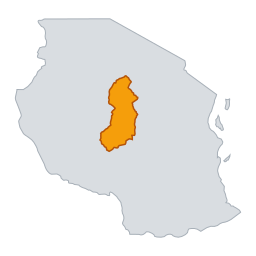 United Republic of Tanzania, with Singida highlighted
{"feature_id": "TZA-3390", "entity_name": "Singida", "entity_type": "Region", "adm_level": 1, "iso_a3": "TZA", "parent_name": "United Republic of Tanzania", "parent_adm1": "", "projection": "albers", "projection_center": [34.489, -5.65], "detail": "fine", "context": "in_parent", "style": "filled", "palette": "amber", "viewbox_px": 256, "rotation_deg": 0, "n_neighbors": 0, "source": "natural_earth", "source_scale": "10m", "svg_char_len": 5644}
<svg xmlns="http://www.w3.org/2000/svg" viewBox="0 0 256 256"><path d="M88.7,190.2L85.4,188.5L82.4,187.5L80.0,186.3L78.9,185.1L76.6,184.7L74.6,184.5L72.7,183.5L69.0,183.1L68.5,182.4L68.5,180.8L67.8,180.4L66.4,180.0L65.0,180.0L64.1,180.3L63.5,180.2L62.3,179.2L61.1,178.1L60.7,176.2L59.0,175.0L57.0,174.0L51.4,174.2L50.6,173.9L49.2,173.0L47.7,171.4L46.4,169.6L45.3,167.2L44.2,163.9L37.7,150.8L37.1,148.3L35.8,145.6L33.8,142.2L31.6,139.7L28.6,137.4L25.3,135.2L23.5,133.7L20.0,127.5L19.3,124.6L18.7,121.6L18.9,120.4L21.1,116.5L21.3,115.5L21.0,114.0L19.9,110.9L18.5,107.2L15.8,100.4L15.4,98.7L15.4,97.4L16.9,90.5L16.9,89.5L23.3,89.6L27.9,86.5L32.0,82.0L32.8,80.1L34.4,77.1L36.0,75.7L36.6,74.7L37.6,71.8L39.7,69.8L41.8,68.3L41.3,67.2L41.6,66.8L42.8,66.1L45.0,65.3L45.4,63.8L45.4,62.1L45.0,61.1L45.1,60.0L44.7,59.4L43.3,59.3L41.1,58.4L39.3,58.1L38.1,57.6L37.6,57.2L37.4,56.2L38.4,53.5L37.4,52.5L39.6,48.1L40.0,47.5L40.8,47.5L42.1,47.0L43.3,46.8L44.3,46.9L45.0,46.7L45.6,46.2L46.2,44.7L46.6,42.3L46.3,40.2L45.4,38.7L45.1,36.3L45.5,33.1L45.2,30.4L44.2,28.3L43.1,27.1L41.5,26.5L38.9,23.3L38.1,21.7L38.3,20.7L39.1,20.3L40.8,20.4L42.3,20.1L43.7,19.2L45.1,18.9L45.8,19.0L109.9,18.8L184.7,60.6L185.0,61.1L185.6,64.7L185.4,65.9L184.3,68.0L183.9,69.0L183.9,69.8L184.2,70.1L185.2,70.2L186.0,70.7L186.3,71.1L186.9,72.6L187.7,73.4L216.0,94.1L216.6,94.4L216.2,96.1L214.5,100.3L214.4,102.0L213.8,104.0L213.2,105.4L211.5,111.2L210.1,113.4L208.2,118.5L207.9,122.5L208.9,125.2L209.3,127.8L211.4,130.3L213.2,131.3L214.3,132.4L216.4,135.1L217.6,137.7L221.3,139.1L222.8,142.0L222.2,144.1L220.5,145.8L218.8,148.5L217.5,152.1L217.4,157.6L218.3,156.7L220.3,158.1L220.5,162.2L218.4,166.9L217.8,169.1L217.6,171.0L219.1,176.6L221.3,179.5L221.1,180.4L220.5,181.2L224.3,186.3L224.0,190.7L225.4,194.1L226.0,197.1L226.9,199.4L227.1,201.0L225.9,202.7L228.6,203.2L230.3,204.6L231.0,206.0L233.1,206.0L234.1,206.9L235.7,207.7L239.2,210.0L240.1,211.2L240.6,212.3L231.0,219.5L227.5,221.3L225.1,222.1L222.4,222.6L219.9,223.7L217.5,225.5L214.5,226.4L210.8,226.3L206.9,227.6L200.8,231.3L197.3,229.2L194.5,228.5L191.3,228.5L189.3,228.8L188.6,229.2L188.0,230.5L187.5,232.6L185.4,234.6L181.7,236.5L178.3,237.2L175.2,236.7L173.1,235.8L172.0,234.7L170.4,234.2L168.3,234.3L166.2,235.1L164.3,236.6L161.1,237.2L156.9,237.0L154.6,236.3L154.2,235.0L152.4,233.5L148.9,231.9L146.4,231.8L144.8,233.4L143.3,234.4L142.0,234.8L140.8,234.9L139.0,234.4L134.3,234.3L129.8,234.3L129.4,232.0L128.4,230.6L127.6,229.7L126.1,229.5L125.7,228.9L125.1,227.4L124.4,226.2L123.4,225.2L122.8,224.2L122.5,223.3L122.7,222.4L123.6,220.0L123.9,218.4L123.8,216.7L123.3,215.0L122.3,212.9L122.4,212.3L122.0,210.9L122.0,210.0L122.2,208.8L122.0,207.2L121.1,203.7L121.1,202.9L120.1,201.2L117.1,197.3L117.0,196.8L112.3,192.8L110.4,192.0L109.7,192.7L109.5,193.4L109.7,194.7L109.6,195.3L109.4,195.6L108.3,195.5L107.6,195.4L105.8,194.3L104.4,194.1L101.0,194.3L99.8,194.5L98.8,194.3L97.0,192.5L94.9,192.1L93.0,192.0L89.8,190.0L88.7,190.2ZM221.9,124.7L223.4,129.1L223.2,129.9L222.1,130.4L221.6,130.4L220.9,129.7L220.4,128.2L219.6,128.6L218.2,126.8L216.8,126.7L215.6,124.6L216.1,122.8L215.8,119.7L217.3,118.1L218.2,115.4L219.2,117.3L219.4,120.1L220.7,123.5L221.9,124.7ZM229.6,98.9L229.7,99.9L229.4,100.9L229.5,104.0L229.3,106.0L228.1,108.8L227.2,109.8L226.3,109.5L225.7,109.1L225.1,108.3L226.3,103.1L225.7,99.3L227.9,99.7L229.6,98.9ZM226.0,161.5L224.9,161.8L224.4,161.5L223.8,160.7L224.9,159.9L226.1,158.5L228.7,156.5L230.0,154.9L229.8,156.5L228.3,160.0L227.0,160.2L226.0,161.5Z" fill="#d9dde1" stroke="#a8b0b8" stroke-width="1"/><path d="M137.7,97.3L137.8,98.1L137.4,98.7L137.2,99.3L132.3,102.7L132.2,103.3L132.6,104.0L132.6,104.8L132.6,105.5L132.9,106.4L133.3,107.2L133.6,108.6L134.0,109.2L134.6,109.8L134.8,110.5L135.2,111.1L135.5,111.3L135.7,111.5L135.9,111.7L136.1,111.7L136.1,112.0L136.2,112.4L136.7,113.3L137.4,114.0L137.6,114.6L137.2,115.1L136.6,115.7L136.5,116.5L136.3,117.3L135.7,118.0L135.0,119.7L134.9,122.1L134.5,123.9L134.7,125.7L135.1,126.4L135.3,127.2L135.2,128.0L134.9,128.6L134.7,130.4L135.0,133.9L134.5,135.3L131.9,135.4L132.3,137.3L132.3,139.5L131.5,139.2L130.7,139.1L129.9,138.9L129.1,138.9L128.8,139.2L128.4,139.4L128.0,139.5L127.7,139.8L126.8,140.3L126.0,140.9L125.8,142.9L125.1,144.3L119.1,145.6L118.1,146.8L118.1,147.4L117.7,147.8L116.8,147.9L115.8,147.8L114.9,147.5L114.0,147.5L113.3,148.3L112.7,149.2L111.0,150.3L109.2,151.3L108.3,150.9L107.5,150.3L107.1,150.2L106.7,150.0L106.6,149.1L106.3,148.3L106.2,147.7L106.0,147.3L104.8,146.9L104.4,146.5L104.1,146.0L103.6,145.1L102.9,144.5L102.0,144.1L101.5,143.3L101.4,142.2L101.1,141.1L100.6,140.5L100.0,140.0L100.9,138.2L100.8,136.0L100.9,133.8L100.7,133.4L101.7,132.2L102.0,132.0L103.4,131.5L105.5,129.4L106.3,128.8L106.7,128.6L107.2,128.5L107.5,128.4L108.2,127.2L109.4,126.2L110.8,125.2L110.7,124.5L110.4,123.8L110.5,122.1L111.6,118.1L111.6,116.4L111.6,116.0L111.7,115.6L112.3,115.2L112.7,114.3L112.6,113.4L112.0,112.9L111.6,112.4L112.5,111.0L113.8,109.9L114.6,109.1L115.1,108.2L114.7,107.7L112.9,105.9L112.2,105.4L111.5,104.9L110.6,104.3L109.6,104.0L109.0,103.4L108.8,102.5L108.7,101.6L109.2,100.0L109.1,99.2L108.7,98.3L108.7,97.2L109.4,95.3L109.4,93.5L109.2,91.8L109.6,89.9L112.0,86.8L112.9,84.9L113.9,83.1L114.4,82.7L115.1,82.9L115.7,82.9L115.9,82.2L116.1,81.9L116.2,81.5L116.3,80.6L117.1,80.0L118.3,79.6L118.8,79.1L119.4,78.6L120.1,78.4L120.9,78.3L124.4,76.9L124.6,76.4L125.2,76.0L125.9,75.8L127.2,77.0L128.6,78.0L129.3,79.6L131.1,81.5L131.1,82.1L129.9,83.6L128.9,85.6L128.1,87.7L129.0,88.7L130.4,89.5L131.4,90.7L132.2,92.3L133.5,93.0L133.7,93.8L133.7,94.7L134.5,95.2L135.7,95.4L136.5,96.9L137.7,97.3Z" fill="#f59e0b" stroke="#b45309" stroke-width="1.5"/></svg>